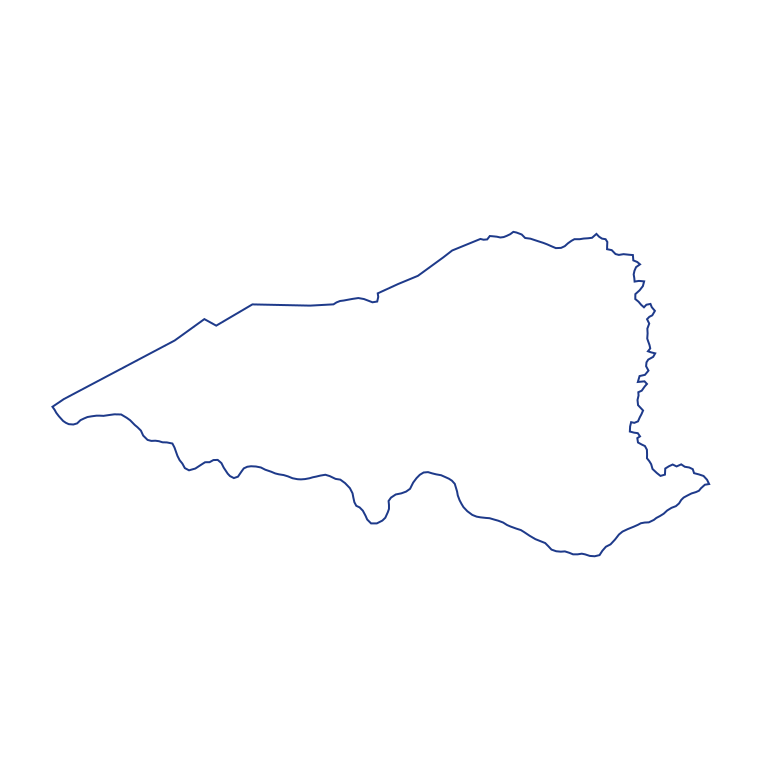 Rafael Jambeiro, Bahia, Brazil, rotated 3°
{"feature_id": "56859067B89791496420122", "entity_name": "Rafael Jambeiro", "entity_type": "district", "adm_level": 2, "iso_a3": "BRA", "parent_name": "Brazil", "parent_adm1": "Bahia", "projection": "mercator", "projection_center": [-39.536, -12.474], "detail": "fine", "context": "isolated", "style": "outline", "palette": "blue", "viewbox_px": 768, "rotation_deg": 3, "n_neighbors": 0, "source": "geoboundaries", "source_scale": "gbopen_adm2", "svg_char_len": 4073}
<svg xmlns="http://www.w3.org/2000/svg" viewBox="0 0 768 768"><g transform="rotate(3 384 384)"><path d="M713.9,466.9L711.6,462.7L707.9,459.1L703.2,457.8L698.3,456.8L696.8,452.9L693.2,451.4L688.7,450.9L685.0,448.7L680.5,451.0L676.5,449.3L672.9,451.2L669.3,453.7L669.3,459.8L664.9,461.3L661.1,458.6L656.6,454.8L655.0,450.1L653.0,447.2L650.5,444.4L650.4,440.6L650.0,435.9L647.8,432.3L644.4,430.9L640.7,429.1L639.8,424.8L642.4,422.9L640.0,419.8L636.3,419.5L632.0,418.6L632.0,413.5L632.8,409.2L636.0,409.7L639.6,408.0L641.2,403.8L642.6,400.9L644.1,396.9L638.8,391.8L638.0,386.7L638.8,382.2L638.4,378.9L641.7,377.2L644.5,372.8L646.6,370.2L644.0,367.7L637.4,368.7L638.8,362.7L644.1,361.2L647.4,356.8L644.8,352.5L645.0,348.6L646.6,345.8L651.4,342.8L653.2,339.2L649.0,338.4L645.9,337.5L648.0,334.5L647.1,331.2L645.7,327.9L644.5,324.9L644.6,319.7L644.1,314.9L645.7,309.8L643.3,305.5L645.5,303.0L648.3,301.4L650.7,296.8L647.4,293.3L645.9,290.1L641.9,291.1L639.6,293.8L636.7,291.5L633.9,288.5L630.5,286.0L630.3,281.1L634.4,277.0L637.4,272.7L638.4,267.9L633.2,267.7L628.9,268.6L628.4,265.1L627.6,261.5L628.2,257.8L629.6,254.1L633.4,251.1L630.5,248.9L626.5,247.5L625.8,242.2L622.2,242.1L616.4,241.8L611.8,242.8L608.4,242.1L604.4,238.4L599.7,237.7L599.6,234.1L599.6,230.5L597.7,227.8L594.1,227.4L591.0,225.6L588.3,223.0L584.1,227.1L580.0,227.8L575.8,228.3L571.6,229.2L566.6,229.4L563.7,231.2L560.4,233.8L557.3,236.9L553.7,238.8L548.5,239.3L543.8,237.6L539.6,236.0L535.6,234.7L531.4,233.6L527.7,232.6L522.6,231.2L517.3,230.8L513.7,227.5L508.4,225.8L505.2,225.3L502.2,227.8L498.7,229.7L495.8,231.0L492.5,231.6L489.0,231.0L485.2,230.8L481.9,230.7L479.5,234.2L475.9,234.7L472.7,234.1L445.1,247.1L436.5,254.5L412.2,274.2L392.9,283.4L373.0,293.8L373.7,297.3L372.9,302.0L368.2,303.0L363.9,301.6L359.5,300.2L353.9,299.5L348.4,300.6L343.3,301.8L339.6,302.7L335.8,303.4L332.3,305.0L329.4,307.1L306.1,309.6L248.4,311.4L213.4,334.5L201.2,328.6L172.7,351.5L65.1,415.8L54.1,424.1L56.4,427.0L58.2,429.9L61.0,433.2L65.5,437.7L68.3,439.4L71.3,440.6L75.9,440.7L79.6,439.4L82.8,436.0L86.3,434.1L89.6,432.5L93.6,431.6L98.4,430.7L102.3,430.5L105.5,430.5L112.0,429.2L116.3,428.4L123.1,428.2L128.8,431.2L132.4,433.5L137.3,438.0L140.0,440.0L143.7,443.3L146.2,448.1L150.8,452.2L154.6,453.0L158.7,452.6L162.3,452.9L165.8,453.8L170.2,453.7L175.8,454.5L178.1,458.4L181.5,466.6L183.9,470.8L186.8,474.0L189.5,478.4L193.8,480.4L200.0,478.3L205.6,474.2L209.4,471.5L213.9,471.2L217.6,468.9L221.9,468.5L225.8,471.5L228.3,475.9L232.6,481.7L235.0,484.0L239.0,485.8L243.0,484.2L246.3,478.8L248.4,475.6L251.8,473.8L255.5,473.1L260.5,473.1L265.4,473.8L269.9,475.8L275.9,477.5L280.1,479.0L283.8,479.7L288.6,480.2L293.0,481.3L297.6,482.9L302.6,483.6L306.0,483.6L310.0,483.1L314.6,482.0L317.7,480.9L321.2,480.0L325.2,478.8L330.2,477.7L334.6,478.8L340.6,481.3L345.4,481.8L350.3,485.0L355.4,489.8L358.3,494.8L359.3,498.9L360.6,503.6L362.7,507.1L366.1,508.5L369.5,511.6L372.5,516.6L374.3,520.2L378.4,523.9L384.1,523.6L389.5,520.5L392.3,517.5L394.5,511.9L395.5,508.5L395.3,504.5L394.7,500.6L396.9,497.1L401.5,493.7L407.0,492.3L411.7,490.3L415.5,487.3L418.3,480.9L421.4,476.3L424.5,472.8L428.2,470.3L432.6,469.7L436.7,470.7L440.9,471.5L445.8,472.1L450.5,473.9L453.8,475.2L456.9,477.0L459.9,480.0L462.6,487.5L463.5,491.4L465.6,496.2L467.7,499.7L469.8,502.8L473.9,506.7L479.0,510.1L483.4,511.6L487.3,512.1L492.7,512.4L496.5,512.5L501.5,513.7L505.1,514.5L510.2,516.1L514.3,518.4L517.8,519.7L523.7,521.5L528.3,522.7L531.6,524.5L537.5,528.0L543.3,531.0L547.7,532.5L553.3,534.4L556.6,537.4L559.9,540.6L564.7,542.0L569.3,542.2L573.4,541.7L578.0,542.9L581.7,544.2L586.1,544.0L590.4,543.1L593.7,543.6L598.5,544.9L603.4,545.0L608.2,543.6L610.8,539.1L614.1,534.9L618.6,532.3L622.8,527.3L626.5,522.0L629.9,518.9L635.1,516.1L640.9,513.4L645.0,511.3L647.8,509.6L651.6,508.7L655.7,508.3L660.6,505.6L663.0,503.5L666.5,501.4L670.1,498.9L673.4,495.5L677.6,492.6L681.9,490.7L684.9,487.8L686.9,484.2L689.2,481.7L692.8,479.5L696.8,477.2L701.2,475.6L704.1,474.1L706.0,471.5L709.7,467.8L713.9,466.9Z" fill="none" stroke="#1e3a8a" stroke-width="2"/></g></svg>